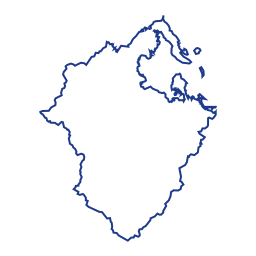 the district of Puno, Puno, Peru
{"feature_id": "86281439B67596976235519", "entity_name": "Puno", "entity_type": "district", "adm_level": 2, "iso_a3": "PER", "parent_name": "Peru", "parent_adm1": "Puno", "projection": "albers", "projection_center": [-69.905, -16.067], "detail": "fine", "context": "isolated", "style": "outline", "palette": "blue", "viewbox_px": 256, "rotation_deg": 0, "n_neighbors": 0, "source": "geoboundaries", "source_scale": "gbopen_adm2", "svg_char_len": 5717}
<svg xmlns="http://www.w3.org/2000/svg" viewBox="0 0 256 256"><path d="M215.7,112.0L215.3,112.6L214.7,112.3L214.5,113.0L213.3,112.9L211.4,110.9L207.7,110.0L207.4,108.9L205.7,109.4L203.9,108.2L202.0,106.0L201.2,103.4L200.5,103.6L200.5,101.9L199.6,102.1L199.0,99.9L198.0,100.2L194.5,98.8L193.5,96.7L192.5,96.3L191.8,97.0L191.5,97.8L192.3,98.6L191.6,99.7L191.2,98.0L189.7,97.5L188.5,96.1L188.0,98.3L187.3,96.9L188.0,96.8L188.1,96.7L186.4,95.1L185.5,91.6L185.9,90.6L185.1,90.4L184.5,87.6L185.6,85.9L185.7,84.0L187.0,83.2L183.8,79.6L181.4,78.5L180.5,74.6L179.7,73.7L178.6,74.4L175.4,74.4L176.1,74.5L172.8,78.5L173.1,81.5L172.3,82.4L172.6,83.9L171.4,85.4L171.4,87.4L171.9,89.8L172.4,89.3L174.0,90.0L174.4,88.4L175.7,88.3L175.8,90.0L177.3,89.5L177.9,90.0L177.4,91.4L176.6,91.7L177.2,92.5L178.6,92.5L178.0,90.8L178.9,90.6L178.8,89.8L181.0,92.0L181.1,92.7L179.9,92.7L179.8,93.3L181.2,92.9L181.7,93.4L181.1,94.8L182.6,93.8L183.8,94.4L184.2,98.7L184.8,99.2L183.6,101.4L183.0,100.1L179.2,100.3L177.8,98.1L173.9,98.1L174.5,100.0L174.1,100.5L172.2,97.9L172.8,99.6L171.6,101.0L172.3,102.4L170.9,101.4L169.6,102.1L168.6,101.4L168.1,99.1L165.5,97.1L165.5,94.2L163.8,92.6L162.5,93.1L158.7,92.2L158.2,90.9L152.7,88.7L150.6,86.6L144.8,89.1L143.5,88.3L143.3,87.1L141.1,86.6L140.5,84.3L141.4,83.9L140.4,83.5L140.5,82.6L144.7,81.5L146.0,80.5L145.1,77.5L143.9,76.9L142.9,74.9L142.3,75.4L141.4,74.9L141.6,75.8L140.4,75.3L139.4,74.4L138.5,71.6L137.4,70.9L137.8,69.9L137.3,68.1L137.8,66.8L139.5,65.8L138.9,63.6L138.4,63.8L137.6,62.1L138.4,61.1L138.3,59.6L139.0,59.6L139.1,58.7L139.5,59.1L140.4,56.2L141.7,55.2L145.7,55.9L146.8,57.9L148.5,58.8L150.3,58.0L150.9,57.2L150.4,56.2L152.0,55.5L150.6,55.4L152.1,55.3L149.7,53.6L150.9,53.8L151.0,52.0L150.1,51.9L149.9,51.1L150.7,51.9L151.5,50.8L152.2,51.5L151.8,52.1L153.4,53.0L153.0,52.1L153.7,52.3L155.0,50.8L154.8,49.6L155.8,49.3L154.9,49.4L155.1,48.7L155.7,49.0L157.4,47.1L157.6,44.4L158.5,44.8L159.3,44.0L159.8,42.1L158.9,41.0L157.2,41.1L156.6,42.0L157.2,40.4L156.6,39.9L157.5,40.3L157.7,39.5L157.9,40.2L159.1,37.0L157.8,36.8L157.3,35.3L157.1,36.6L156.2,36.5L156.6,34.9L157.7,34.1L157.1,33.1L157.3,33.9L156.7,33.8L156.8,33.0L159.5,32.6L158.1,31.8L158.2,32.3L157.6,32.2L157.3,31.1L155.1,32.1L154.9,31.2L153.9,30.9L154.3,30.3L156.2,31.1L157.5,30.5L159.2,32.2L161.1,31.9L163.7,36.4L163.6,37.3L165.5,38.6L165.8,40.0L168.8,41.5L170.6,43.4L172.5,46.2L171.6,48.2L171.4,53.1L172.5,55.1L175.3,57.1L176.9,59.2L182.5,62.7L189.4,63.5L191.1,62.1L189.3,60.1L183.5,56.6L180.2,52.9L181.1,51.5L185.2,54.3L187.1,54.8L187.9,54.3L186.1,49.8L184.3,48.8L184.0,50.4L182.1,50.6L179.9,48.9L179.1,47.5L179.4,46.5L178.2,45.2L179.4,43.4L178.2,43.3L177.7,42.0L179.1,40.8L176.1,36.3L173.0,34.1L171.7,31.1L169.6,30.5L169.8,28.5L168.9,26.1L166.8,23.3L164.3,21.5L163.1,18.6L163.5,15.4L162.9,18.4L161.3,20.8L155.7,21.2L153.6,22.2L152.9,23.9L149.7,26.3L150.8,26.9L150.9,28.4L149.4,29.0L148.6,28.2L147.5,28.4L146.0,29.7L146.1,27.9L144.9,27.5L143.5,29.4L141.9,29.5L141.1,30.6L144.2,30.9L139.1,32.0L136.0,36.2L133.0,39.0L130.7,43.4L128.1,45.2L128.4,46.7L121.1,45.8L117.0,52.0L116.1,51.5L116.6,49.6L115.6,49.5L115.0,48.5L114.3,48.9L114.9,47.8L114.3,48.1L112.6,46.2L112.9,44.8L112.3,45.2L111.9,43.9L110.0,44.3L108.7,42.3L108.1,42.7L106.8,41.9L106.0,46.7L103.1,48.3L100.8,51.3L99.5,51.3L98.5,53.1L95.7,52.8L94.3,56.3L91.6,56.9L86.2,64.9L84.2,63.2L80.9,62.8L74.9,65.7L73.6,64.5L70.9,63.6L67.3,64.9L65.6,66.4L66.5,68.7L63.7,72.0L63.1,74.6L66.7,80.7L65.9,82.4L64.4,83.4L65.1,86.4L64.1,88.1L62.2,88.9L61.9,90.0L61.1,92.7L61.7,95.3L55.6,98.3L54.7,100.3L55.6,102.3L55.4,105.1L51.1,107.5L48.8,110.8L42.4,111.0L40.3,112.0L40.8,113.1L43.1,114.7L45.0,117.7L46.4,118.1L47.1,120.5L48.6,121.7L50.0,121.1L50.5,122.6L55.1,122.9L58.2,125.0L61.6,121.9L62.9,122.3L64.0,127.2L66.6,128.7L67.3,129.8L68.3,129.7L69.7,132.0L69.1,134.8L70.1,135.4L68.8,138.4L70.0,143.8L72.5,145.4L73.3,147.4L75.2,149.0L76.4,151.5L76.1,153.4L77.6,155.1L81.3,153.7L83.5,154.6L84.3,157.0L83.9,159.7L82.5,160.7L80.5,164.3L81.4,167.0L80.0,171.0L80.7,172.2L80.2,173.8L81.7,177.1L80.3,180.3L80.4,181.9L78.4,184.6L78.4,185.7L75.8,185.9L75.7,187.0L73.7,189.2L78.4,191.9L77.6,193.9L79.9,194.9L82.8,194.0L84.2,195.2L85.9,197.9L85.8,200.3L87.7,200.9L86.4,204.9L88.6,206.9L99.2,211.8L102.0,212.1L107.1,218.5L110.0,218.1L110.8,221.8L111.7,222.7L112.2,227.0L111.6,229.0L112.9,230.2L113.5,232.6L116.7,233.0L118.7,235.5L127.8,240.6L131.2,237.6L133.7,237.5L134.8,235.4L138.2,236.7L139.4,236.0L139.8,234.7L138.8,231.1L139.5,229.4L142.0,229.1L143.3,227.3L145.7,226.0L150.3,220.2L150.6,218.3L154.7,216.5L157.4,213.6L159.5,214.7L161.2,214.6L163.2,212.6L163.3,210.8L166.2,205.9L165.2,203.9L168.8,200.4L170.5,196.3L171.1,192.0L173.7,190.3L178.2,190.5L180.7,189.0L181.2,186.4L183.4,184.5L181.6,181.9L180.1,181.1L181.0,176.7L179.4,168.2L185.2,165.0L186.9,162.0L187.9,156.4L188.9,156.9L189.7,155.3L191.0,154.3L194.4,155.1L197.9,152.4L198.5,147.5L200.6,145.9L200.2,143.7L201.5,143.7L200.7,142.0L201.1,139.8L202.7,139.6L204.8,137.2L199.6,133.8L198.6,131.8L201.2,131.4L202.5,128.4L204.8,128.5L207.3,126.7L208.0,125.4L208.1,118.2L209.1,117.6L212.2,118.9L213.6,117.8L215.7,114.8L215.7,112.0ZM198.0,48.1L196.3,48.3L194.1,50.7L196.0,54.0L198.8,53.2L199.1,51.9L200.5,50.6L200.0,49.3L198.0,48.1ZM203.5,70.8L201.3,67.2L199.8,68.1L202.3,73.8L202.4,76.6L203.7,75.1L203.5,70.8ZM205.2,99.0L199.7,94.1L198.2,95.4L198.3,95.7L198.5,96.0L199.4,94.7L198.8,96.1L199.1,97.5L197.1,99.2L198.1,99.8L199.5,98.1L201.4,97.6L202.1,97.9L201.7,98.4L205.2,99.0ZM215.6,106.9L204.2,106.9L201.8,103.0L201.3,100.6L201.8,98.6L201.2,98.7L201.5,103.0L204.3,107.5L211.5,107.3L212.1,109.1L213.1,107.6L215.4,107.5L215.6,106.9ZM175.9,94.9L176.5,93.8L176.1,91.9L174.5,93.8L174.8,95.0L175.9,94.9Z" fill="none" stroke="#1e3a8a" stroke-width="2"/></svg>